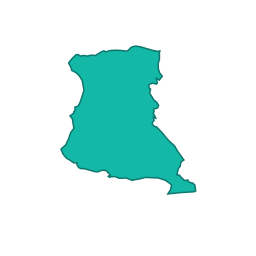 the district of Sanquin Dist #3, Sinoe, Liberia, rotated 327°
{"feature_id": "62588387B80156561530658", "entity_name": "Sanquin Dist #3", "entity_type": "district", "adm_level": 2, "iso_a3": "LBR", "parent_name": "Liberia", "parent_adm1": "Sinoe", "projection": "natural_earth1", "projection_center": [-9.294, 5.279], "detail": "fine", "context": "isolated", "style": "filled", "palette": "teal", "viewbox_px": 256, "rotation_deg": 327, "n_neighbors": 0, "source": "geoboundaries", "source_scale": "gbopen_adm2", "svg_char_len": 2236}
<svg xmlns="http://www.w3.org/2000/svg" viewBox="0 0 256 256"><g transform="rotate(327 128 128)"><path d="M196.4,80.6L194.6,79.9L190.9,76.3L186.1,70.7L183.2,67.3L180.6,64.8L178.8,63.3L174.7,62.0L171.0,62.9L168.9,63.0L164.3,59.1L159.6,55.8L155.4,53.4L150.9,52.0L150.7,51.8L149.9,50.2L146.9,49.6L140.0,49.4L137.5,47.3L135.5,46.3L133.5,45.8L129.6,42.6L127.7,42.2L125.9,39.0L125.3,38.7L124.3,38.3L119.8,39.1L115.4,40.4L113.7,41.1L113.4,42.4L113.4,44.3L112.7,47.9L112.1,48.6L112.4,49.4L114.7,53.6L115.6,57.7L115.4,63.4L115.2,64.0L112.1,71.1L112.0,71.4L111.6,72.4L109.6,74.1L104.0,78.6L101.8,80.3L100.8,81.1L100.5,81.6L100.1,81.3L98.0,82.5L94.8,81.6L93.5,84.1L91.9,84.8L91.4,84.8L90.5,85.9L87.9,86.2L86.0,86.2L86.2,89.4L86.2,90.0L86.2,90.3L82.4,98.8L79.2,100.0L77.5,100.6L74.5,102.9L74.2,103.2L72.6,104.5L70.8,105.6L68.1,107.3L66.7,108.2L66.3,108.2L66.1,108.3L61.5,109.0L60.2,109.3L59.3,114.7L60.0,120.0L61.6,122.9L63.4,127.6L66.2,129.5L65.6,130.3L65.1,131.1L65.1,134.4L66.7,136.7L68.3,137.7L69.1,138.3L72.3,141.8L76.0,146.1L78.4,148.2L80.6,148.7L83.7,149.5L86.9,152.2L86.7,153.7L87.5,156.7L87.0,158.5L86.1,158.7L86.1,157.7L85.1,157.8L85.5,159.2L87.5,159.7L90.8,161.8L92.1,163.8L93.4,165.5L99.3,169.0L100.4,170.6L102.9,174.0L110.3,177.1L115.8,179.0L126.4,186.6L131.0,192.4L133.6,199.4L130.0,203.0L125.5,205.0L136.5,210.6L148.8,217.5L150.4,217.7L151.1,216.5L153.0,212.1L152.2,209.2L150.9,208.2L149.6,206.2L149.9,204.2L147.6,203.2L146.9,202.9L145.9,199.1L145.3,195.3L143.4,193.9L146.9,190.7L148.2,189.4L150.8,188.6L152.5,186.8L154.2,185.3L157.5,185.3L157.4,184.1L157.0,174.8L157.3,168.3L155.6,162.1L154.8,157.6L154.1,150.8L153.9,149.8L153.6,148.2L153.2,145.9L152.7,143.3L152.6,142.7L150.8,140.7L150.6,137.9L151.3,136.7L152.2,136.4L154.0,135.9L154.1,135.7L155.0,132.8L156.7,134.8L157.1,132.2L157.1,129.5L158.9,128.4L159.8,126.1L160.9,126.3L162.7,127.2L164.1,127.1L164.4,126.9L166.1,125.6L166.1,122.2L164.9,118.2L165.1,114.6L165.0,111.7L165.3,110.6L165.4,110.2L168.1,107.7L167.5,106.1L169.1,103.0L171.3,103.3L173.3,104.0L175.3,106.4L176.9,106.5L178.0,103.9L178.9,101.8L180.4,104.9L183.0,103.9L184.9,103.4L184.6,99.1L185.7,94.8L188.4,90.5L192.1,87.1L195.3,82.0L196.7,80.7L196.4,80.6Z" fill="#14b8a6" stroke="#0f766e" stroke-width="1.5"/></g></svg>